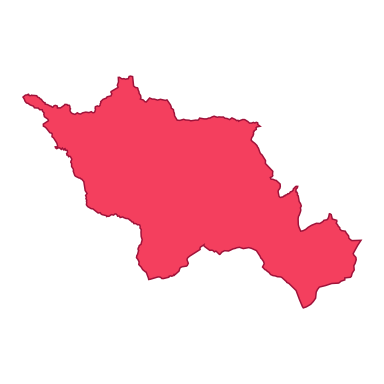 Mejia, Pichincha, Ecuador
{"feature_id": "8360857B86630198193549", "entity_name": "Mejia", "entity_type": "district", "adm_level": 2, "iso_a3": "ECU", "parent_name": "Ecuador", "parent_adm1": "Pichincha", "projection": "orthographic", "projection_center": [-78.69, -0.497], "detail": "fine", "context": "isolated", "style": "filled", "palette": "rose", "viewbox_px": 384, "rotation_deg": 0, "n_neighbors": 0, "source": "geoboundaries", "source_scale": "gbopen_adm2", "svg_char_len": 5936}
<svg xmlns="http://www.w3.org/2000/svg" viewBox="0 0 384 384"><path d="M361.0,240.3L351.8,240.6L349.9,239.2L348.9,238.2L348.6,235.9L346.1,232.8L345.3,231.2L341.5,230.6L340.0,229.3L339.7,227.6L338.3,226.3L337.5,224.7L336.2,223.2L336.9,221.4L336.7,220.3L332.3,219.0L331.2,214.6L329.8,213.7L329.3,213.9L328.8,216.5L328.0,218.6L326.9,219.8L323.9,220.3L323.1,221.4L319.9,223.5L316.4,223.3L311.5,225.3L308.2,227.3L305.6,229.5L302.9,230.8L300.7,231.2L298.8,226.7L298.3,224.6L298.1,218.7L298.5,216.3L299.1,215.4L300.5,211.5L300.8,210.0L300.4,207.8L301.3,206.0L300.5,203.6L299.2,201.6L298.2,195.8L297.4,195.1L297.5,193.4L296.7,192.0L296.1,192.1L295.9,191.6L296.1,188.9L297.3,187.9L297.7,186.4L296.2,186.3L295.6,186.6L293.3,189.0L293.1,190.3L291.7,191.5L290.4,191.9L289.7,193.0L288.7,193.8L287.8,193.7L287.0,194.6L285.2,195.2L284.9,195.9L284.1,195.9L282.7,197.1L282.0,197.0L280.7,197.5L279.7,197.1L279.0,196.2L278.1,191.7L278.4,190.3L279.9,188.3L280.3,186.4L280.1,184.0L276.2,180.4L275.2,180.3L273.0,179.3L271.2,179.2L270.9,179.0L270.3,177.5L271.9,176.8L272.8,175.7L272.5,174.4L272.8,171.3L265.4,163.5L265.5,160.5L262.0,154.9L260.9,154.0L260.0,152.7L258.4,148.1L257.4,146.7L257.0,145.6L254.9,143.4L252.2,141.3L251.1,140.0L251.7,137.6L253.1,135.7L253.2,134.5L253.6,134.1L253.4,132.1L254.1,131.5L254.2,130.7L256.3,129.4L256.1,127.6L257.2,126.8L260.1,126.3L257.7,124.4L257.8,123.1L257.5,122.7L256.2,122.3L254.9,123.0L253.4,122.4L251.6,123.1L249.5,123.1L247.8,121.5L244.7,119.6L242.8,119.5L239.0,120.9L238.7,121.2L238.0,120.3L236.7,120.6L235.1,119.4L231.9,117.9L229.6,119.6L227.1,118.5L224.8,118.2L223.4,117.0L221.6,117.1L218.9,116.9L217.3,117.3L214.1,116.2L212.1,116.9L210.1,118.0L208.6,118.1L206.7,118.9L204.2,118.9L199.6,118.1L198.7,119.6L197.9,120.2L195.7,120.1L190.8,120.8L189.1,120.2L185.5,120.0L183.7,119.3L179.9,120.4L177.2,120.2L174.6,115.9L174.3,113.1L173.7,111.8L173.4,109.6L171.2,108.0L171.1,106.5L170.4,104.8L167.0,99.9L165.4,100.4L160.4,99.3L157.6,100.1L154.3,99.1L152.3,99.1L149.6,98.0L146.2,102.0L144.9,101.7L143.3,100.0L140.4,99.0L140.9,97.6L140.6,95.5L139.2,93.5L138.9,91.6L137.9,89.3L137.9,88.4L137.4,87.8L135.5,87.5L133.6,86.0L132.6,76.6L130.4,76.1L129.1,76.5L128.3,78.7L126.2,79.0L125.8,79.3L123.8,78.6L122.7,78.9L121.6,78.7L119.5,77.3L118.3,77.4L118.5,82.0L117.3,85.3L117.9,86.5L118.0,87.5L111.1,91.5L110.9,92.1L111.8,93.8L111.0,95.9L107.1,96.8L106.3,98.1L103.1,99.3L100.7,101.6L100.9,102.7L100.3,103.5L100.1,105.3L99.1,106.3L98.1,106.3L97.4,105.9L95.4,106.7L95.1,108.3L95.5,109.1L94.9,111.6L94.3,112.4L93.5,112.7L92.5,112.6L91.3,111.7L89.0,112.6L85.8,112.1L82.7,112.8L80.6,114.0L79.0,113.8L77.3,112.8L75.0,114.4L72.2,113.5L70.9,112.5L70.0,110.7L70.0,109.5L70.5,108.9L70.0,108.2L69.8,106.1L69.1,105.2L67.6,105.3L67.0,104.5L64.9,104.4L64.2,105.3L60.5,107.9L57.4,107.9L57.3,106.1L55.6,105.4L54.1,105.7L53.3,106.8L52.5,107.3L50.9,106.1L50.1,106.0L47.5,104.6L45.2,104.1L45.0,102.7L44.3,102.7L42.5,101.1L41.4,99.4L40.1,98.8L39.2,97.7L37.6,97.1L36.7,95.7L33.6,95.4L32.5,95.5L31.8,95.1L31.0,95.6L29.7,95.6L29.0,95.4L28.7,94.4L28.3,94.2L27.1,94.9L25.4,95.1L23.0,97.1L24.3,99.1L25.1,101.3L26.5,103.0L28.1,103.4L30.1,104.9L33.5,106.2L34.4,107.8L38.3,108.1L39.7,109.7L42.2,109.7L42.5,111.1L44.1,113.0L43.8,114.3L44.4,116.7L47.7,119.0L48.4,120.2L48.2,120.9L43.3,124.1L43.4,126.2L44.6,126.7L46.3,128.1L49.9,132.7L51.6,133.2L52.2,134.0L52.0,136.7L53.5,137.8L56.3,142.2L57.0,143.5L57.6,146.0L57.6,146.7L57.3,146.9L55.3,146.8L55.5,147.8L56.8,148.7L58.0,147.9L59.7,147.9L61.3,149.4L62.3,148.1L63.5,149.8L64.0,150.0L64.5,148.8L65.0,148.6L65.8,150.3L66.9,150.2L67.3,150.5L67.5,152.6L66.6,153.6L67.0,155.1L67.9,155.1L68.6,156.7L69.5,156.3L70.3,156.5L71.7,158.9L71.7,159.7L70.9,161.3L70.8,162.4L71.6,163.4L71.6,166.5L73.2,168.9L73.5,170.3L73.2,171.0L74.7,175.3L75.4,176.2L79.0,178.0L80.3,178.2L80.9,178.9L81.8,179.2L83.8,181.6L85.2,190.6L87.1,193.5L85.6,195.5L86.4,197.2L85.9,198.8L86.5,199.4L86.7,200.6L86.4,201.2L86.7,202.4L86.4,204.8L87.7,206.6L91.2,208.7L92.8,208.8L98.1,213.0L100.2,212.7L101.1,214.0L102.1,214.6L106.2,215.6L106.7,216.5L107.2,216.1L108.0,216.4L109.4,216.1L110.6,215.1L111.7,214.6L113.6,215.1L114.7,214.1L115.9,213.9L117.2,215.1L117.6,216.2L119.1,216.0L120.2,217.5L122.7,216.9L123.7,217.6L126.0,218.5L128.0,218.6L129.1,219.3L129.6,220.0L130.3,220.1L131.9,221.9L133.3,222.2L133.8,223.6L135.4,223.6L136.5,223.9L137.4,224.8L138.6,224.7L139.7,225.0L140.2,226.4L140.0,228.0L141.2,229.5L141.0,232.2L141.2,236.5L142.2,239.7L140.9,244.5L139.9,245.0L139.1,245.8L138.9,246.9L138.1,248.3L138.1,249.7L138.6,250.4L137.6,254.3L136.8,255.7L136.5,257.7L137.8,259.3L139.1,261.9L138.8,264.6L141.2,267.1L142.7,269.6L145.5,271.9L146.2,272.2L148.4,278.0L148.7,279.5L150.4,279.2L158.1,276.9L160.1,277.1L161.2,277.8L161.8,278.5L163.3,278.6L168.6,277.3L169.3,276.7L169.2,276.3L170.8,275.8L171.4,276.2L172.9,275.9L173.8,274.9L174.2,275.1L174.2,274.5L175.1,274.6L179.0,271.1L179.8,268.4L180.5,267.5L182.0,266.8L186.5,266.1L187.3,265.4L188.3,263.3L187.0,259.9L187.3,258.5L188.0,257.5L189.7,256.1L200.1,249.5L199.9,248.5L200.4,247.1L203.8,244.9L203.7,245.2L204.3,246.3L209.7,250.3L210.1,250.4L210.9,250.1L212.8,250.4L214.4,251.9L215.7,251.2L216.2,251.3L219.4,254.4L220.0,254.3L222.0,252.0L224.6,250.7L228.6,251.0L233.0,248.9L235.6,248.3L236.5,247.8L239.5,247.3L243.3,248.6L248.7,247.6L251.4,248.3L256.4,250.6L260.0,256.1L260.9,258.2L261.6,258.7L263.6,261.6L264.2,263.8L262.5,267.0L264.9,269.6L266.1,270.1L267.4,271.4L268.9,272.3L270.6,274.5L273.0,275.6L275.3,275.9L277.3,276.7L280.6,276.9L281.9,277.5L286.5,281.7L286.8,282.4L289.0,283.5L296.1,290.5L299.5,299.6L302.4,306.5L303.3,307.9L306.3,306.9L310.7,304.3L313.3,301.5L315.6,298.2L316.2,292.1L317.5,289.5L319.3,287.1L325.7,285.5L331.7,283.5L338.4,283.1L339.3,282.7L341.0,281.2L344.8,279.9L344.8,277.9L350.3,277.3L351.3,276.4L352.2,273.1L354.2,270.0L353.8,265.7L355.1,263.4L356.2,259.8L355.9,257.4L353.7,254.9L353.2,253.5L357.7,245.3L361.0,240.3Z" fill="#f43f5e" stroke="#9f1239" stroke-width="1.5"/></svg>